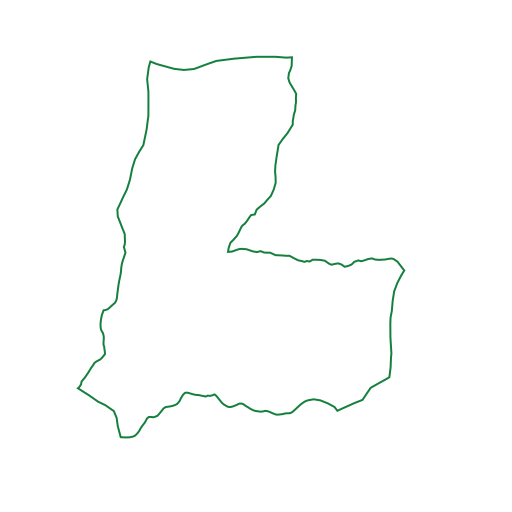 outline of Gozhi, Daga, Bhutan, rotated 190°
{"feature_id": "84629894B53635199358843", "entity_name": "Gozhi", "entity_type": "district", "adm_level": 2, "iso_a3": "BTN", "parent_name": "Bhutan", "parent_adm1": "Daga", "projection": "mercator", "projection_center": [89.936, 26.937], "detail": "fine", "context": "isolated", "style": "outline", "palette": "green", "viewbox_px": 512, "rotation_deg": 190, "n_neighbors": 0, "source": "geoboundaries", "source_scale": "gbopen_adm2", "svg_char_len": 4108}
<svg xmlns="http://www.w3.org/2000/svg" viewBox="0 0 512 512"><g transform="rotate(190 256 256)"><path d="M255.1,457.9L260.7,456.6L271.0,455.6L290.0,452.3L311.6,446.6L329.0,441.2L337.9,436.2L349.5,429.4L359.3,426.7L369.1,426.1L387.1,427.8L393.8,429.2L394.4,423.1L393.9,411.2L391.1,401.3L390.5,399.2L389.6,394.2L388.5,388.0L386.3,375.2L386.2,371.9L385.7,361.7L386.2,345.6L389.1,338.5L391.9,330.3L393.1,321.0L393.4,309.1L394.7,299.1L397.5,289.4L398.1,286.9L399.6,281.5L400.6,277.6L399.0,271.0L392.8,260.8L391.1,258.1L389.1,254.8L387.4,246.8L387.3,244.3L387.7,242.0L385.1,236.6L385.5,234.3L385.8,231.9L386.2,229.6L386.5,227.3L386.7,224.9L386.7,222.6L386.6,220.2L386.3,217.9L386.2,215.6L386.2,213.2L386.3,210.9L386.4,208.5L386.4,206.2L386.4,203.8L386.3,201.5L386.2,199.1L386.1,196.8L386.0,194.4L385.8,192.1L385.7,189.7L386.0,187.4L386.9,185.2L388.4,183.4L389.8,181.6L391.2,179.7L392.8,177.9L394.7,176.7L396.7,176.0L397.1,173.6L397.5,171.3L397.6,169.0L397.6,166.6L397.5,164.3L397.3,161.9L396.8,159.6L396.2,157.4L395.0,155.3L393.4,153.6L392.4,151.5L391.7,149.2L391.4,146.9L391.2,144.6L390.8,142.2L389.7,140.2L389.1,138.0L388.3,135.7L387.7,133.2L388.8,131.1L390.0,129.0L391.4,127.1L393.2,125.7L395.1,124.2L396.6,122.5L397.5,120.1L398.8,117.5L401.2,111.4L403.6,106.2L406.0,102.1L406.0,99.3L407.1,96.5L408.4,94.8L402.1,92.2L396.2,89.8L386.2,85.1L378.4,82.9L369.1,78.6L365.1,72.3L362.6,64.5L357.8,54.1L355.2,54.4L352.9,54.7L350.6,55.1L348.4,55.7L346.2,56.6L344.2,57.8L342.7,59.7L341.5,61.7L340.5,63.8L339.8,66.0L338.9,68.2L337.8,70.3L336.7,72.4L335.9,74.6L335.2,76.9L333.8,78.7L331.6,79.3L329.3,79.3L327.2,80.3L325.2,81.6L324.0,83.6L322.8,85.7L321.7,87.7L320.6,89.8L318.8,91.5L316.5,92.3L314.3,93.0L312.2,93.9L310.1,95.0L308.2,96.4L306.9,98.3L305.9,100.4L305.3,102.7L304.5,104.9L303.5,107.1L302.0,109.0L299.8,109.5L297.5,109.3L295.2,109.0L292.8,108.8L290.5,108.8L288.2,109.1L285.8,109.0L283.4,108.9L281.1,108.9L279.3,110.1L276.9,110.3L274.8,111.2L272.8,112.5L271.0,111.5L269.2,110.0L267.5,108.5L265.7,106.9L263.8,105.3L261.8,104.2L259.6,103.3L257.3,102.6L255.0,102.8L252.9,103.7L250.7,105.0L248.7,106.3L246.8,107.7L244.6,108.2L242.3,107.7L240.2,106.6L238.0,105.8L235.9,104.9L233.7,104.1L231.4,103.5L229.1,103.3L226.8,103.4L224.4,103.5L222.2,104.1L220.1,105.1L217.7,105.2L215.4,104.8L213.1,104.2L210.8,103.7L208.5,103.3L206.3,103.7L204.0,104.4L201.8,105.1L199.8,106.1L197.5,106.6L195.2,107.1L193.3,108.4L191.8,110.3L190.4,112.1L189.0,114.0L187.5,115.9L186.1,117.7L184.5,119.4L182.8,121.0L180.8,122.4L178.7,123.3L176.5,124.1L174.3,124.9L167.6,125.0L159.5,123.3L152.4,120.9L149.0,117.7L144.1,121.1L133.3,128.4L126.1,132.8L123.3,139.2L120.2,146.1L118.4,147.6L114.5,150.8L105.4,158.2L103.6,159.8L103.7,161.7L104.1,169.6L105.5,180.0L105.7,183.4L108.4,194.6L109.7,200.2L110.1,202.5L111.9,212.3L112.8,218.7L112.7,225.5L113.6,235.5L113.8,245.1L112.1,254.1L109.9,261.2L107.5,267.5L115.7,275.0L120.2,277.0L122.4,277.0L124.7,276.3L128.4,274.9L134.5,273.5L138.3,273.2L141.3,273.8L145.2,272.4L148.5,270.5L151.5,269.1L154.5,269.4L158.1,267.4L160.5,264.1L163.5,262.2L166.8,260.8L170.4,262.5L173.7,263.0L176.2,262.2L180.3,260.5L182.7,261.1L187.4,263.3L192.1,263.3L196.5,262.7L199.5,262.2L202.2,259.9L205.0,259.9L207.4,258.6L209.3,258.9L213.8,259.1L218.2,260.4L223.0,262.0L226.1,261.5L232.7,260.8L236.9,260.2L239.1,260.8L242.7,261.7L245.8,261.2L248.6,260.8L252.2,261.6L255.8,260.0L258.0,260.0L260.0,260.0L263.8,260.6L266.4,261.0L271.2,260.6L274.0,259.8L276.2,258.6L280.4,256.2L284.3,255.2L284.3,259.1L283.9,262.1L283.4,264.8L281.9,266.8L280.7,268.6L278.3,272.6L277.3,275.4L276.5,278.2L275.6,281.6L274.7,283.6L272.6,285.9L270.9,289.1L269.3,292.8L268.0,295.4L266.2,296.1L264.4,296.7L263.4,301.8L260.2,305.7L257.0,309.1L254.9,312.8L251.8,317.7L250.1,324.4L249.3,331.5L250.6,337.8L251.9,342.5L252.7,349.2L252.7,352.1L252.9,355.9L253.0,364.0L253.1,369.2L249.9,376.0L246.3,382.5L242.6,391.8L243.2,395.1L243.2,398.8L243.3,401.4L242.7,406.3L243.3,411.3L243.3,414.3L244.2,419.0L244.6,422.7L247.0,425.7L250.2,429.4L253.0,432.6L255.1,436.7L255.3,441.9L254.5,444.9L253.9,449.4L255.1,457.9Z" fill="none" stroke="#15803d" stroke-width="2"/></g></svg>